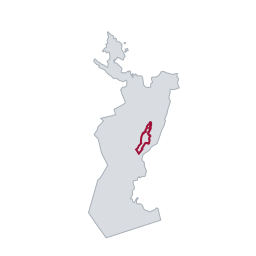 Peshku, Bukhoro, Uzbekistan (highlighted), rotated 252°
{"feature_id": "79887680B78868749126062", "entity_name": "Peshku", "entity_type": "district", "adm_level": 2, "iso_a3": "UZB", "parent_name": "Uzbekistan", "parent_adm1": "Bukhoro", "projection": "mercator", "projection_center": [63.754, 40.677], "detail": "fine", "context": "in_parent", "style": "outline", "palette": "rose", "viewbox_px": 256, "rotation_deg": 252, "n_neighbors": 0, "source": "geoboundaries", "source_scale": "gbopen_adm2", "svg_char_len": 4893}
<svg xmlns="http://www.w3.org/2000/svg" viewBox="0 0 256 256"><g transform="rotate(252 128 128)"><path d="M198.1,117.8L201.8,116.0L203.8,117.2L204.0,117.9L201.8,119.2L199.8,119.9L199.1,121.5L197.2,122.3L195.2,124.6L192.1,126.9L192.0,127.4L192.3,127.8L193.3,128.0L195.4,129.3L197.4,128.6L197.8,128.8L198.4,129.5L198.9,131.6L199.8,132.2L202.6,133.3L204.8,133.3L205.9,133.7L206.0,133.5L206.2,130.4L207.1,130.9L208.1,130.5L208.4,129.0L208.2,127.9L209.0,127.4L209.3,127.8L209.4,128.7L210.4,129.3L211.2,130.9L211.4,132.6L213.4,133.1L214.1,132.7L214.6,132.9L214.9,135.2L215.2,135.3L216.9,134.9L218.5,135.8L220.3,137.5L222.2,137.6L222.6,137.9L224.1,137.7L225.7,138.1L225.7,138.4L225.4,138.8L221.6,140.8L220.5,142.2L219.7,142.7L217.4,141.9L217.0,142.8L217.4,143.6L216.8,144.6L215.7,144.2L215.4,143.8L214.3,144.0L212.9,145.5L212.3,146.7L211.0,147.1L209.3,148.3L208.6,147.3L207.3,147.4L205.7,146.4L204.9,146.3L197.4,147.5L196.9,147.4L196.1,145.7L194.2,144.8L194.3,144.0L198.1,140.5L198.6,139.5L197.3,138.9L197.5,138.0L195.0,135.2L194.6,135.0L194.2,135.1L193.3,137.2L186.7,140.7L185.8,140.4L184.3,139.1L183.3,138.6L182.1,139.7L182.2,141.1L181.0,142.1L182.1,145.7L182.0,146.1L181.1,146.2L181.7,147.6L181.2,147.7L178.1,147.2L174.4,148.1L174.5,148.6L177.8,148.5L178.2,148.8L178.3,149.2L178.1,149.5L176.4,149.8L176.2,150.3L177.1,151.9L176.7,152.3L176.1,152.0L175.6,153.0L174.5,152.9L173.9,156.0L173.0,157.0L171.8,157.5L164.0,156.2L162.0,157.1L160.7,158.5L159.8,161.7L159.9,162.1L163.2,163.4L163.7,165.4L167.7,165.5L168.4,165.9L168.7,166.4L168.9,166.9L167.8,170.1L168.2,173.0L168.9,174.3L171.2,176.8L171.1,178.2L170.6,179.4L169.9,180.4L169.2,180.9L168.2,182.2L167.3,183.9L165.7,186.0L165.1,187.2L164.9,190.7L164.5,191.7L164.4,191.4L163.8,191.0L162.1,190.8L161.7,190.4L159.5,191.2L158.1,190.8L156.6,189.4L153.9,188.9L150.4,189.2L150.3,185.6L150.4,182.9L151.6,180.8L151.6,180.4L151.0,179.7L148.9,179.1L146.4,177.4L144.1,176.3L142.8,176.0L141.4,176.6L140.0,176.4L133.9,172.0L128.7,168.9L125.2,165.6L123.5,166.0L119.0,162.9L116.0,159.8L106.3,152.6L104.4,150.9L103.9,150.0L103.2,145.6L102.3,143.6L101.0,142.5L100.0,140.3L98.4,135.1L97.8,134.1L94.8,131.9L93.2,131.4L91.9,131.8L91.2,132.6L90.3,132.7L86.0,131.8L81.3,132.2L77.1,129.5L76.9,129.1L76.9,128.3L77.7,126.6L77.5,125.8L77.0,124.9L77.0,124.0L77.3,123.5L78.1,123.7L78.4,123.4L78.3,122.9L77.3,121.8L75.4,120.8L75.8,120.1L75.9,118.3L76.2,117.4L75.9,117.1L74.5,115.8L69.9,115.8L68.8,115.4L67.9,114.9L67.0,112.9L66.5,112.5L63.3,111.7L60.0,108.4L59.4,109.8L58.8,110.1L56.3,109.8L55.1,110.7L58.1,114.1L58.8,115.1L58.7,115.8L57.9,115.9L57.1,114.2L56.6,113.8L53.7,112.9L52.7,113.9L52.5,115.2L51.2,117.4L49.8,117.8L46.3,118.0L45.3,118.5L44.5,119.1L43.2,121.0L41.5,122.6L42.1,128.7L43.3,130.3L42.1,131.6L30.3,130.7L30.3,73.3L47.4,67.8L59.7,64.3L87.6,83.0L88.2,83.7L88.6,85.3L89.3,86.5L98.8,97.2L112.6,95.1L126.7,96.3L132.0,93.7L136.1,98.4L138.7,100.1L142.2,106.8L145.6,105.1L145.0,113.1L144.6,115.5L144.6,120.3L150.1,120.4L151.3,128.1L152.5,132.9L153.7,133.4L164.2,132.7L165.0,133.1L166.5,132.6L167.4,134.1L168.5,135.1L167.8,138.4L169.0,139.8L171.9,141.3L173.7,141.2L174.1,140.7L174.0,139.9L173.6,139.1L173.6,138.1L173.9,137.4L175.6,134.9L178.5,132.5L179.1,131.6L179.3,130.0L180.4,129.1L182.8,128.1L183.2,127.4L186.2,125.4L189.5,124.1L191.1,123.1L192.6,121.2L194.7,119.2L195.6,119.1L196.1,119.8L196.7,119.8L198.1,117.8ZM197.4,136.5L197.0,135.5L196.5,135.2L196.3,135.3L197.1,136.6L197.4,136.5ZM203.7,152.1L201.5,152.1L201.9,150.7L201.1,150.0L200.9,149.2L201.1,148.6L201.7,148.3L202.3,149.4L204.0,149.8L203.4,150.8L203.8,151.9L203.7,152.1ZM210.4,150.6L210.0,151.9L209.0,151.3L209.1,151.0L210.4,150.6Z" fill="#d9dde1" stroke="#a8b0b8" stroke-width="1"/><path d="M121.0,149.6L121.1,148.4L121.5,148.1L121.7,148.7L122.1,149.1L122.0,149.3L122.1,149.5L122.4,149.4L123.3,149.8L123.0,150.2L123.0,150.4L123.1,150.6L123.3,150.7L123.5,150.6L123.6,150.8L124.0,150.9L124.2,151.1L124.6,151.1L125.0,151.3L125.5,151.5L125.8,151.5L126.0,151.6L126.5,151.4L126.6,151.2L126.3,151.1L126.3,150.9L126.2,150.8L126.2,150.4L126.1,150.1L125.6,149.7L125.3,149.5L125.1,149.4L125.1,149.2L125.0,148.9L125.0,148.4L124.5,147.6L123.9,146.8L123.0,146.1L122.1,146.0L121.9,145.4L121.3,145.0L121.0,144.3L120.3,144.0L120.1,143.9L120.1,143.7L119.7,143.5L119.3,143.0L118.9,143.4L118.9,141.7L118.7,141.6L118.7,141.3L118.1,141.2L118.1,140.7L117.9,140.5L118.1,140.2L115.4,138.0L114.2,137.4L110.7,135.9L109.4,135.9L107.7,132.7L105.8,131.0L105.1,129.1L100.3,130.4L103.5,135.2L104.3,134.9L108.4,139.9L108.0,141.2L107.7,141.8L107.4,141.7L106.8,142.4L106.8,143.1L109.6,144.7L110.6,144.9L110.8,144.6L111.1,144.6L112.5,145.5L113.4,146.5L113.5,146.8L114.6,146.5L114.7,146.2L114.8,146.1L114.8,145.8L115.4,145.5L116.4,145.7L116.6,145.4L117.2,146.0L117.6,146.6L118.2,146.6L118.3,147.2L118.8,147.9L119.3,147.9L119.6,148.0L119.6,148.5L120.4,149.1L120.4,149.4L121.0,149.6Z" fill="none" stroke="#9f1239" stroke-width="2"/></g></svg>